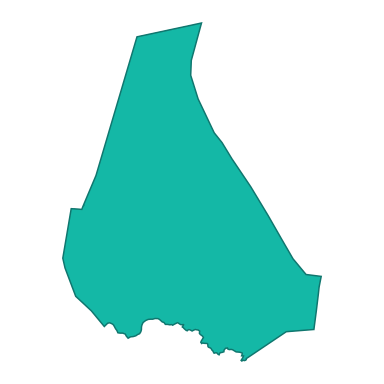 San Miguel Tilquiápam, Oaxaca, Mexico
{"feature_id": "50627088B17922622757176", "entity_name": "San Miguel Tilquiápam", "entity_type": "district", "adm_level": 2, "iso_a3": "MEX", "parent_name": "Mexico", "parent_adm1": "Oaxaca", "projection": "mercator", "projection_center": [-96.563, 16.786], "detail": "fine", "context": "isolated", "style": "filled", "palette": "teal", "viewbox_px": 384, "rotation_deg": 0, "n_neighbors": 0, "source": "geoboundaries", "source_scale": "gbopen_adm2", "svg_char_len": 1968}
<svg xmlns="http://www.w3.org/2000/svg" viewBox="0 0 384 384"><path d="M91.3,310.8L104.3,326.5L107.7,323.2L109.8,322.8L112.6,324.1L113.6,325.1L114.6,326.9L115.6,328.8L116.9,330.5L117.9,332.8L120.0,333.1L122.7,333.1L125.3,334.1L126.3,336.1L128.1,338.2L130.6,336.8L133.1,336.6L135.8,335.8L137.7,334.5L139.6,333.7L140.8,331.8L141.4,329.8L141.5,326.8L142.0,324.8L143.1,322.5L145.7,320.5L148.2,319.4L150.5,319.2L152.7,319.2L155.0,318.5L158.1,318.6L159.7,319.6L162.2,321.9L164.0,322.5L165.4,324.4L167.6,324.4L169.7,324.8L171.7,324.6L172.7,325.2L174.0,324.4L177.4,322.7L178.2,323.0L180.1,324.3L180.7,324.6L181.4,324.7L182.0,324.7L183.2,324.5L183.6,324.8L183.2,325.7L182.4,326.6L182.3,327.0L183.4,327.7L184.2,328.7L186.3,330.5L187.4,330.7L187.8,330.1L188.8,329.6L189.9,329.8L192.1,331.0L193.4,330.3L195.2,329.5L196.7,329.8L198.1,330.0L199.7,331.1L199.4,333.3L200.2,334.4L202.5,336.1L203.4,337.5L201.2,341.2L200.8,342.3L201.7,343.5L202.4,343.0L204.2,343.3L207.2,343.5L207.7,344.0L208.0,346.6L208.4,347.1L209.3,347.6L210.4,347.9L211.2,348.7L211.7,349.8L212.5,350.6L213.1,351.3L213.4,352.1L214.1,353.2L215.6,352.8L216.7,352.8L218.2,354.4L219.1,354.8L219.7,353.3L220.4,352.6L221.8,352.5L223.9,351.8L224.0,350.2L225.5,348.3L227.5,348.0L227.8,349.0L229.2,349.6L231.1,349.4L232.5,349.7L236.1,351.9L239.7,352.2L242.0,352.9L242.3,353.8L241.6,355.8L243.5,356.0L243.0,357.3L241.1,360.4L241.8,361.0L243.3,360.2L244.3,360.6L245.4,360.3L246.3,359.6L246.3,358.6L286.3,331.7L313.7,329.5L313.9,329.5L316.3,311.1L318.4,293.6L319.1,287.1L321.2,276.4L306.0,274.5L305.5,273.8L305.3,273.6L293.0,258.8L280.9,237.9L268.2,215.7L250.9,187.0L233.8,161.6L231.9,158.8L222.1,142.7L214.2,132.8L198.1,98.9L190.7,75.3L191.3,60.4L201.5,23.0L137.0,36.8L96.0,175.5L85.3,200.8L83.5,205.1L83.8,205.2L83.7,205.6L83.1,206.0L82.5,207.5L81.8,209.4L75.3,208.9L74.0,208.8L73.0,208.8L71.8,208.7L71.2,208.7L62.8,258.2L65.0,267.9L74.7,293.6L75.7,296.3L91.3,310.8Z" fill="#14b8a6" stroke="#0f766e" stroke-width="1.5"/></svg>